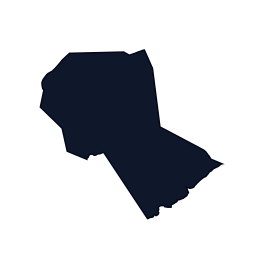 Naranjito, Santa Bárbara, Honduras, rotated 67°
{"feature_id": "27666195B85306984826486", "entity_name": "Naranjito", "entity_type": "district", "adm_level": 2, "iso_a3": "HND", "parent_name": "Honduras", "parent_adm1": "Santa Bárbara", "projection": "mercator", "projection_center": [-88.571, 14.974], "detail": "fine", "context": "isolated", "style": "filled", "palette": "ink", "viewbox_px": 256, "rotation_deg": 67, "n_neighbors": 0, "source": "geoboundaries", "source_scale": "gbopen_adm2", "svg_char_len": 4743}
<svg xmlns="http://www.w3.org/2000/svg" viewBox="0 0 256 256"><g transform="rotate(67 128 128)"><path d="M102.5,188.7L125.6,193.0L140.7,178.1L140.4,178.0L140.2,177.9L139.9,177.7L139.7,177.5L139.7,177.4L139.6,177.2L139.6,176.9L139.5,176.7L139.2,175.9L139.0,175.7L138.8,175.5L138.5,175.3L138.2,175.1L137.9,174.9L137.8,174.7L137.7,174.6L137.7,173.9L137.6,173.5L137.5,172.8L137.9,171.6L138.0,171.3L138.2,170.9L138.6,170.4L139.2,170.3L139.5,170.1L139.9,169.7L140.2,169.0L140.3,167.8L140.1,167.1L140.0,166.4L140.1,165.7L140.3,165.2L140.5,164.8L140.6,164.1L140.7,163.2L140.7,161.7L140.7,161.2L140.8,160.8L141.0,159.9L141.3,159.8L219.0,145.4L219.1,145.1L219.1,144.5L219.1,144.3L219.1,144.1L219.1,143.8L219.0,143.7L218.8,143.3L218.8,143.2L218.8,142.9L218.9,142.7L219.0,142.5L219.1,142.4L219.2,142.1L219.2,141.9L219.2,141.6L219.3,141.3L219.4,141.2L219.5,140.8L219.5,140.5L219.5,140.1L219.5,139.7L219.4,139.5L219.4,139.3L219.4,139.2L219.2,139.1L219.0,138.9L218.9,138.8L218.7,138.6L218.5,138.4L218.4,138.2L218.3,137.9L218.3,137.7L218.5,137.3L218.6,137.1L218.8,136.9L219.2,136.8L219.3,136.7L219.5,136.5L219.5,136.4L219.6,136.2L219.6,135.8L219.6,135.7L219.5,135.3L219.5,134.9L219.4,134.5L219.3,134.1L219.2,134.0L218.8,133.5L218.7,133.5L218.6,133.4L218.5,133.2L218.4,133.1L218.2,133.0L218.0,132.9L217.9,132.8L217.7,132.8L217.2,132.9L216.7,133.0L216.4,133.0L216.2,132.8L216.0,132.5L215.5,132.0L215.2,131.7L214.9,131.6L214.6,131.5L214.3,131.4L214.0,131.4L213.8,131.4L213.3,131.4L213.1,131.4L212.9,131.3L212.7,131.3L212.6,131.2L212.6,130.9L212.7,130.7L212.6,130.4L212.5,130.1L212.3,129.6L212.3,129.3L212.2,129.1L212.2,128.9L212.2,128.6L212.3,128.2L212.5,127.6L213.2,125.7L213.3,125.5L213.4,125.3L213.5,125.3L213.6,125.2L213.9,125.1L214.1,125.0L214.4,124.9L214.4,125.0L214.6,125.0L214.8,124.9L215.0,124.7L215.2,124.4L215.5,123.8L215.7,123.5L215.8,123.3L216.1,122.8L216.3,122.6L216.4,122.4L216.5,122.1L217.1,120.8L217.4,120.0L217.6,119.5L217.7,119.3L217.7,119.2L217.3,119.0L216.7,118.8L216.5,118.7L216.3,118.6L216.0,118.4L215.9,118.3L215.8,118.2L215.7,118.1L215.6,117.9L215.5,117.7L215.5,117.2L215.5,116.9L215.5,116.6L215.5,116.0L215.4,115.5L215.4,115.1L215.3,114.6L215.2,114.3L215.1,114.2L215.0,113.7L215.0,113.3L215.0,112.9L215.0,112.7L214.9,112.3L214.9,112.0L214.8,111.9L214.7,111.8L214.7,111.6L214.4,111.4L214.2,111.2L213.9,110.8L213.8,110.7L213.7,110.5L213.7,110.4L213.8,109.9L213.8,109.4L214.1,108.4L214.1,108.1L214.2,107.8L214.2,107.6L214.2,107.3L214.1,107.1L214.1,106.8L214.1,106.6L214.1,105.5L214.2,104.4L214.1,104.2L213.3,100.7L213.2,100.5L213.1,100.2L212.8,99.9L212.4,99.5L212.3,99.3L212.1,99.1L211.9,98.9L211.7,98.5L211.5,98.3L211.3,98.0L211.1,97.6L209.2,97.6L207.9,97.6L206.6,97.4L205.5,97.4L205.6,97.1L206.3,96.2L207.3,95.0L207.4,94.8L207.6,94.6L207.8,94.2L207.9,93.8L207.9,93.7L208.1,92.5L208.2,91.6L208.0,90.6L207.8,90.0L207.7,89.9L207.4,89.6L207.1,89.1L206.9,88.8L206.5,87.7L206.1,86.7L206.0,86.4L205.6,85.8L205.5,85.5L205.4,85.2L205.3,84.9L205.2,84.7L205.2,84.4L204.7,83.3L204.2,82.0L204.1,81.7L204.0,81.4L203.8,80.7L203.4,79.2L203.2,78.7L203.2,78.4L203.1,78.1L203.1,77.9L203.0,77.3L203.0,76.7L203.0,76.0L202.9,75.6L202.9,75.4L202.9,75.2L202.7,74.8L202.6,74.4L202.1,73.6L201.6,72.6L201.2,71.8L200.9,71.3L200.6,70.9L200.4,70.7L200.2,70.2L200.1,69.8L200.0,69.6L200.0,69.4L200.1,69.2L200.1,68.9L200.1,68.6L199.9,68.1L199.8,67.8L199.8,67.6L199.5,67.1L199.3,66.5L199.1,66.1L198.9,65.5L198.8,65.2L198.8,64.8L198.8,64.6L198.7,64.4L198.7,64.0L198.7,63.7L198.7,63.4L198.7,63.0L198.7,62.8L198.7,62.5L198.6,62.0L198.6,61.8L198.6,61.1L198.6,60.5L198.5,60.2L198.5,59.9L198.4,59.3L198.3,58.8L198.2,58.6L198.1,58.4L197.9,57.6L197.7,57.0L197.7,56.8L197.7,56.5L197.6,56.2L197.6,55.9L197.7,55.5L189.1,63.9L186.9,64.2L186.2,64.3L185.4,64.4L184.9,64.6L184.4,64.8L183.6,65.0L183.2,65.1L182.5,65.2L181.5,65.5L180.6,65.7L179.8,66.0L179.0,66.4L178.6,66.6L177.9,67.0L176.5,68.1L139.5,98.2L82.7,82.2L62.6,82.5L62.4,83.5L62.3,83.9L62.3,84.2L62.3,85.0L62.3,85.7L62.3,86.3L62.2,87.0L62.1,88.1L62.1,88.8L62.0,89.3L62.0,89.9L62.0,91.0L62.0,91.7L62.0,92.2L61.9,92.9L61.8,94.1L61.8,94.6L61.5,98.4L56.4,102.3L36.4,152.7L39.8,162.0L40.9,164.0L42.0,166.1L42.7,167.6L43.5,169.2L44.8,172.0L45.0,172.5L45.3,173.3L45.8,174.6L46.1,175.2L46.1,175.4L46.2,175.9L46.4,178.1L46.5,179.5L46.6,179.8L46.6,180.2L46.7,180.7L46.9,181.1L47.0,181.4L47.1,181.7L47.2,182.0L47.6,182.7L48.0,183.5L48.9,185.0L49.4,185.9L49.7,186.3L50.0,186.9L50.3,187.2L50.6,187.5L51.0,188.0L51.4,188.4L51.6,188.6L51.9,188.8L52.2,189.0L52.4,189.2L52.8,189.5L53.2,189.7L53.5,189.8L54.0,190.0L54.9,190.3L55.6,190.5L56.9,190.8L57.5,190.9L58.2,191.0L58.7,191.1L58.8,191.0L59.0,191.0L59.1,190.9L59.1,190.7L59.3,190.5L59.7,190.4L59.8,190.3L74.5,200.5L102.5,188.7Z" fill="#0f172a" stroke="#020617" stroke-width="1.5"/></g></svg>